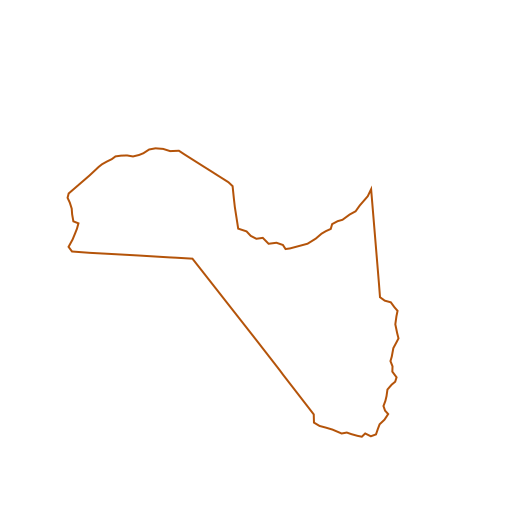 Rio Formoso, Pernambuco, Brazil, rotated 30°
{"feature_id": "56859067B3129544617161", "entity_name": "Rio Formoso", "entity_type": "district", "adm_level": 2, "iso_a3": "BRA", "parent_name": "Brazil", "parent_adm1": "Pernambuco", "projection": "mercator", "projection_center": [-35.214, -8.663], "detail": "fine", "context": "isolated", "style": "outline", "palette": "amber", "viewbox_px": 512, "rotation_deg": 30, "n_neighbors": 0, "source": "geoboundaries", "source_scale": "gbopen_adm2", "svg_char_len": 1475}
<svg xmlns="http://www.w3.org/2000/svg" viewBox="0 0 512 512"><g transform="rotate(30 256 256)"><path d="M94.4,344.1L110.4,336.4L128.7,327.1L153.2,314.7L181.3,300.7L187.9,297.3L194.3,294.1L202.3,290.1L301.9,330.1L306.5,332.0L311.2,333.9L334.0,343.2L338.8,345.3L385.2,364.3L389.5,371.3L396.0,371.4L402.3,369.7L409.0,368.1L418.9,366.9L422.9,363.5L427.6,362.6L433.8,361.0L438.0,359.6L439.3,355.1L445.6,354.7L449.1,350.5L448.0,344.8L447.2,339.9L449.1,333.6L449.5,326.8L445.1,325.4L441.4,322.2L440.5,316.8L439.1,312.1L436.6,305.9L437.8,299.6L439.4,295.3L438.4,290.8L431.9,288.0L429.4,283.3L425.0,279.8L423.9,275.3L421.0,267.1L420.8,260.5L420.6,256.1L416.7,252.1L410.8,245.5L407.8,238.1L406.0,232.7L401.6,231.2L395.9,228.7L389.8,230.3L384.0,229.7L376.4,218.6L322.3,140.6L322.9,148.4L320.6,160.3L319.9,167.5L316.4,173.2L312.8,181.4L309.3,185.0L306.0,190.3L307.2,195.2L304.1,199.5L301.6,203.9L299.1,211.0L294.5,219.6L288.2,225.9L281.7,232.4L278.1,235.2L273.8,233.0L267.1,234.3L260.8,239.1L252.8,236.9L247.7,240.9L241.4,241.2L235.5,239.4L226.9,241.2L213.2,224.2L208.1,217.3L200.8,207.2L195.3,205.9L143.3,203.8L136.6,203.4L129.2,208.1L122.0,209.7L115.1,213.0L110.2,217.2L107.1,223.3L104.2,227.0L99.7,231.3L94.0,233.4L88.9,236.6L84.5,240.0L82.7,244.2L79.6,248.8L76.8,253.5L75.2,257.5L71.5,269.7L62.5,295.5L63.7,299.8L68.1,302.9L72.7,307.1L75.9,311.8L80.5,317.3L85.9,316.5L87.3,321.9L88.0,326.6L88.9,333.3L89.1,341.8L94.4,344.1Z" fill="none" stroke="#b45309" stroke-width="2"/></g></svg>